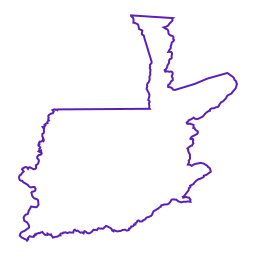 São Domingos, Goiás, Brazil
{"feature_id": "56859067B73761479247752", "entity_name": "São Domingos", "entity_type": "district", "adm_level": 2, "iso_a3": "BRA", "parent_name": "Brazil", "parent_adm1": "Goiás", "projection": "mercator", "projection_center": [-46.484, -13.45], "detail": "fine", "context": "isolated", "style": "outline", "palette": "violet", "viewbox_px": 256, "rotation_deg": 0, "n_neighbors": 0, "source": "geoboundaries", "source_scale": "gbopen_adm2", "svg_char_len": 5805}
<svg xmlns="http://www.w3.org/2000/svg" viewBox="0 0 256 256"><path d="M197.9,132.7L197.8,131.5L195.6,129.9L194.8,129.0L194.4,128.0L193.3,127.9L193.6,126.2L193.5,124.8L191.1,124.2L190.2,123.6L188.0,123.9L187.0,123.6L186.7,122.6L188.3,121.3L188.5,120.4L191.6,119.0L193.7,117.6L194.7,118.6L197.0,119.1L198.9,118.5L202.8,116.5L206.0,112.8L209.0,110.8L210.0,110.7L210.0,109.5L210.7,108.9L211.9,108.4L214.1,108.2L215.7,107.4L218.1,106.8L219.1,105.6L219.4,104.5L221.1,102.3L223.1,101.3L226.3,97.9L226.7,96.4L228.4,95.0L231.5,93.5L232.4,92.1L235.6,88.4L237.0,83.8L236.3,82.9L236.2,81.4L234.4,79.6L233.7,77.7L232.5,76.6L227.3,73.0L207.4,78.6L194.8,83.9L174.8,90.0L172.8,89.5L172.4,88.7L171.9,88.1L171.2,87.6L169.9,87.2L169.1,87.2L168.0,86.8L168.3,84.7L169.3,84.4L170.6,82.4L171.0,81.4L172.7,80.3L172.8,78.2L172.1,77.2L171.7,75.9L172.5,74.6L172.7,73.1L172.2,72.0L170.9,71.5L169.4,71.8L167.9,71.4L166.3,71.4L165.3,71.7L164.7,70.7L164.8,69.8L165.8,69.4L166.6,68.2L167.3,66.5L167.4,65.4L169.0,63.0L169.1,60.7L169.4,59.8L169.9,59.1L170.7,58.9L171.5,58.4L171.7,57.6L171.5,56.7L172.0,54.2L172.0,53.1L171.2,52.0L169.4,51.7L168.4,51.9L169.6,49.6L170.6,48.6L170.9,47.5L170.6,46.6L171.5,44.4L171.5,43.4L171.8,42.5L173.6,41.0L174.0,39.9L173.2,39.0L173.5,37.2L172.8,36.2L171.4,35.6L170.2,35.3L168.9,34.2L168.4,33.1L168.4,31.8L168.1,30.5L167.4,29.6L166.7,29.0L165.6,28.7L163.7,27.4L166.1,26.7L168.4,25.3L168.9,24.4L169.8,23.3L172.5,20.6L172.3,18.8L173.0,18.1L131.1,15.4L131.2,16.2L133.0,17.8L133.6,19.5L133.4,22.7L134.5,22.8L137.7,24.2L138.4,25.5L139.0,29.0L140.0,29.5L141.6,30.1L142.3,30.5L141.8,33.9L142.3,34.7L143.7,35.4L144.1,36.6L144.3,37.8L151.6,61.7L151.5,63.1L149.9,64.9L150.1,66.7L149.8,67.5L150.1,69.1L150.5,69.8L150.1,73.1L150.4,74.3L149.4,76.9L149.7,79.6L148.6,82.4L147.6,83.1L147.0,85.4L147.3,86.5L146.8,87.7L146.6,89.2L147.2,89.7L147.5,90.7L148.3,92.1L149.4,94.5L149.4,96.0L148.3,100.0L149.5,101.2L149.6,102.1L149.1,102.8L149.0,103.9L149.4,106.2L149.1,108.0L149.7,108.8L58.0,109.4L57.4,110.2L56.5,109.5L55.4,109.8L54.7,109.3L53.7,109.6L52.5,110.1L53.7,111.5L52.9,113.2L50.8,113.7L49.1,114.9L48.4,115.7L48.3,116.8L48.7,117.6L48.2,119.2L49.0,120.5L47.9,121.0L47.4,122.0L47.5,123.2L46.6,123.3L44.6,124.7L45.3,125.6L44.5,126.2L44.3,127.4L43.6,126.7L42.6,127.0L43.1,127.7L43.8,128.1L44.0,132.1L43.5,133.3L42.4,133.9L42.2,136.2L43.1,137.8L42.8,139.1L43.7,139.4L43.8,140.4L43.3,141.3L42.3,140.9L41.2,141.6L39.9,141.6L39.1,142.4L39.4,143.3L39.4,144.2L38.4,144.4L38.4,145.6L39.7,146.5L40.3,147.7L39.3,148.9L39.5,150.8L41.0,150.4L41.2,151.8L41.7,153.4L41.1,154.4L40.1,154.9L38.8,155.0L37.2,156.7L37.3,158.4L38.5,159.4L38.9,160.9L38.2,163.3L37.5,164.3L35.9,165.2L36.2,168.0L34.9,169.1L33.3,169.1L29.8,167.2L28.7,167.7L28.0,168.9L26.8,167.2L25.6,167.1L24.4,167.4L23.5,168.1L22.7,168.3L22.0,169.3L23.7,171.4L22.0,173.2L20.8,174.9L19.7,175.3L19.0,177.3L19.2,178.7L19.8,180.0L20.8,180.7L22.3,180.8L23.2,182.2L27.7,184.8L28.7,186.1L29.9,187.1L31.5,187.4L33.0,186.9L34.6,187.1L35.6,188.8L35.4,190.1L34.9,190.9L34.2,191.3L32.0,191.8L31.4,192.6L32.2,195.9L33.4,197.5L34.3,198.4L35.9,198.9L37.4,199.5L38.0,200.2L38.5,204.3L38.3,205.1L37.2,206.6L36.4,207.2L34.3,207.1L31.2,206.5L28.7,210.9L27.8,213.9L25.5,214.8L24.2,216.3L23.6,217.7L24.4,220.9L27.0,222.3L28.6,224.7L29.2,226.3L29.0,227.5L28.2,228.3L27.3,228.8L24.4,231.0L22.4,231.7L21.2,232.6L20.6,233.2L19.7,235.6L21.7,237.5L23.3,238.2L25.0,239.2L26.5,239.6L27.1,240.6L28.2,239.2L27.9,238.1L29.5,236.3L32.3,236.8L33.7,236.8L33.9,235.7L34.9,235.5L34.9,234.5L36.0,234.6L36.2,233.7L37.5,233.6L38.6,233.0L39.7,233.2L40.4,232.5L41.5,232.4L42.4,232.0L43.7,233.7L45.2,234.9L46.2,234.7L47.3,234.9L47.5,233.6L48.5,234.3L50.2,234.9L51.0,234.4L51.6,235.8L52.3,236.5L52.8,237.6L55.0,236.9L57.4,236.6L58.7,235.6L60.5,235.4L60.2,234.3L60.7,233.6L62.7,233.3L63.2,232.6L64.3,232.6L65.7,232.3L67.1,233.1L69.5,232.3L71.0,232.6L72.2,232.5L73.2,232.6L73.9,230.3L74.9,229.7L75.6,230.4L76.6,231.0L77.6,230.6L80.4,232.7L81.5,232.4L82.4,232.5L83.6,233.4L84.0,232.1L84.5,231.2L85.4,231.4L87.3,233.0L89.0,233.4L90.3,232.8L91.7,231.8L93.5,229.7L94.7,230.0L95.9,229.8L96.9,230.1L98.4,228.2L100.3,228.6L101.5,228.5L102.8,228.8L103.8,228.2L104.4,227.2L105.3,226.8L106.1,225.9L107.4,226.4L110.9,228.3L111.6,229.2L112.1,230.5L113.3,231.2L113.4,230.2L114.4,230.3L115.2,230.8L116.9,231.3L117.9,231.3L121.1,230.8L122.4,230.0L123.6,229.8L125.0,229.7L126.9,230.6L128.8,230.1L129.0,228.6L130.0,228.5L130.8,227.5L131.3,226.4L132.5,226.5L133.5,225.8L134.0,224.5L135.4,224.5L135.4,223.2L136.6,222.6L137.2,221.7L137.4,220.8L138.8,220.5L139.7,221.4L141.2,221.5L142.4,221.3L143.2,220.2L145.0,219.5L146.5,217.6L149.4,216.7L151.2,215.8L152.2,214.6L152.9,212.3L153.9,211.0L155.7,210.1L157.1,209.1L158.2,208.7L159.3,207.5L160.8,206.7L161.2,205.4L163.8,204.6L167.4,204.3L168.5,203.8L169.4,203.1L170.5,201.6L171.1,200.2L172.2,199.4L174.2,199.4L175.2,199.7L176.0,199.5L178.6,201.5L181.4,202.3L183.5,201.7L185.8,201.8L187.8,201.4L190.5,201.8L190.3,200.7L190.5,199.5L189.6,198.7L189.2,197.7L187.3,197.4L186.1,196.9L183.2,197.7L182.8,196.8L183.7,196.5L188.0,191.1L188.7,190.0L188.9,188.2L190.2,187.4L190.5,186.5L190.1,185.7L192.8,184.4L193.7,183.8L194.3,182.7L195.9,181.0L198.7,179.0L199.7,179.0L203.0,177.4L203.8,176.8L203.8,175.7L206.5,174.8L210.8,171.7L210.0,168.6L209.5,167.8L208.1,167.1L207.4,165.9L204.0,163.7L200.6,162.9L194.4,164.1L191.7,165.9L190.2,164.8L189.2,164.6L187.9,164.6L189.0,162.2L188.7,160.6L189.6,159.6L189.9,158.7L190.0,157.5L189.8,156.0L190.1,155.1L189.4,153.3L188.8,152.8L188.6,151.8L188.1,150.8L188.2,149.4L187.4,148.5L189.3,146.9L190.9,145.9L192.1,145.5L192.5,144.5L193.4,143.3L193.0,142.2L192.9,140.8L193.3,140.1L192.8,139.0L191.9,138.9L191.1,139.1L190.4,138.8L191.2,137.3L192.2,136.5L197.1,134.0L197.9,132.7ZM39.5,150.8L38.6,151.3L39.5,151.9L39.5,150.8Z" fill="none" stroke="#5b21b6" stroke-width="2"/></svg>